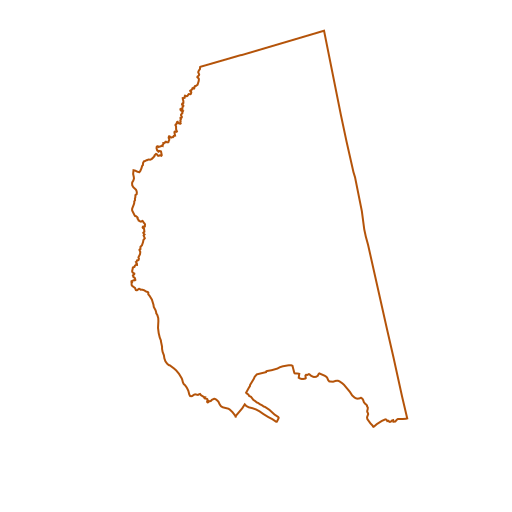 outline of Phalombe, Phalombe, Malawi, rotated 344°
{"feature_id": "42251766B10434937590290", "entity_name": "Phalombe", "entity_type": "district", "adm_level": 2, "iso_a3": "MWI", "parent_name": "Malawi", "parent_adm1": "Phalombe", "projection": "robinson", "projection_center": [35.613, -15.69], "detail": "fine", "context": "isolated", "style": "outline", "palette": "amber", "viewbox_px": 512, "rotation_deg": 344, "n_neighbors": 0, "source": "geoboundaries", "source_scale": "gbopen_adm2", "svg_char_len": 6097}
<svg xmlns="http://www.w3.org/2000/svg" viewBox="0 0 512 512"><g transform="rotate(344 256 256)"><path d="M356.6,453.8L357.7,431.0L360.2,391.5L361.8,361.7L366.8,276.2L366.9,267.6L367.4,260.2L370.1,242.1L372.9,207.7L372.8,202.2L374.6,170.6L376.5,143.5L383.5,58.2L297.7,58.9L296.4,58.7L254.9,58.8L254.4,58.9L253.6,60.9L252.4,61.8L251.4,62.9L251.1,63.5L251.4,65.8L251.1,66.4L250.5,66.9L249.2,67.4L248.9,68.1L249.7,69.2L249.9,70.0L249.7,70.7L249.1,72.1L247.0,75.3L244.9,76.0L244.3,75.8L243.7,76.2L243.1,77.5L242.6,78.0L242.0,77.8L241.7,77.1L241.0,77.3L240.7,78.0L240.2,78.4L238.3,79.0L238.3,79.8L238.9,80.2L238.9,80.9L238.1,82.2L237.4,82.4L236.1,81.8L235.5,82.1L234.4,83.1L233.8,83.3L233.1,83.2L232.0,82.3L231.5,82.8L231.1,84.2L230.4,84.3L229.1,84.0L228.9,84.8L228.9,87.0L228.5,88.5L228.2,89.1L227.5,89.0L226.9,89.4L226.6,90.1L227.2,90.4L227.6,91.7L226.4,92.5L226.3,93.2L225.8,93.8L225.7,94.5L224.5,93.8L223.8,94.0L223.7,94.8L224.0,95.5L224.5,96.0L225.7,96.6L224.8,97.7L224.6,98.4L223.9,98.6L223.5,99.2L222.9,99.5L222.7,100.2L223.1,101.7L222.8,102.4L222.2,102.6L221.5,102.4L221.3,103.1L221.5,103.8L220.6,104.9L220.7,105.7L220.2,106.2L220.0,106.9L220.2,107.7L219.8,108.0L219.2,107.8L218.0,106.9L217.7,105.4L217.0,105.5L215.8,107.3L215.1,107.4L214.6,107.9L214.9,109.3L214.1,112.3L214.3,114.5L213.6,114.7L212.4,114.0L211.8,114.3L211.6,115.0L211.4,118.0L210.0,117.9L209.6,118.5L209.0,118.9L208.4,118.7L207.0,118.8L206.7,118.2L206.1,117.9L205.9,117.1L205.3,117.0L204.6,118.3L204.8,119.8L204.6,120.5L203.6,121.6L203.4,122.2L202.7,122.5L201.5,122.0L201.1,121.4L200.5,121.2L199.4,122.1L198.0,121.9L197.9,122.7L196.9,123.7L196.6,124.4L196.1,123.9L195.5,124.3L194.8,124.2L193.5,124.4L192.9,124.1L192.3,124.3L192.0,123.6L191.4,123.3L190.7,123.6L190.1,124.9L190.1,127.2L190.4,127.8L191.1,128.0L191.1,128.8L192.4,128.5L193.5,129.3L193.2,133.1L192.6,133.6L191.5,132.7L190.1,132.9L189.5,132.7L188.6,130.7L188.0,130.3L186.1,131.4L185.9,132.1L185.3,132.5L184.7,132.7L184.2,133.2L183.5,133.3L182.9,133.9L181.0,134.3L179.1,133.6L177.8,133.9L177.3,133.7L175.8,134.1L174.4,134.1L173.1,135.4L172.3,137.5L171.6,137.8L171.2,138.3L170.0,140.2L168.1,142.5L166.9,143.3L165.1,142.2L163.5,140.7L161.9,139.8L160.5,143.3L160.3,146.5L160.0,148.0L158.7,149.9L157.6,150.8L157.0,151.7L156.5,153.9L157.0,156.0L158.9,159.2L159.1,160.8L158.9,162.3L158.3,163.7L156.9,164.2L156.2,166.3L155.4,167.5L155.1,169.0L154.0,170.0L153.6,171.4L152.8,172.7L150.2,176.1L149.8,176.8L149.5,178.2L150.5,183.4L150.8,184.3L151.5,184.5L152.6,186.0L152.8,186.8L152.4,187.4L153.0,188.8L152.9,189.5L154.5,191.1L155.1,191.3L156.4,190.9L156.9,191.5L157.2,192.9L157.9,194.2L158.0,194.9L157.9,195.6L157.4,196.2L157.3,197.0L156.6,197.2L156.0,196.7L155.4,196.6L154.9,197.2L155.0,197.9L155.9,199.0L155.4,201.9L154.1,202.5L154.1,203.3L154.8,204.6L153.6,205.4L154.0,208.3L152.2,209.6L151.2,211.6L149.3,214.3L147.5,215.3L146.8,217.5L146.1,217.6L145.6,218.0L145.9,220.2L145.0,222.3L142.6,224.9L142.7,226.4L141.8,227.6L141.2,227.6L140.5,227.4L139.6,228.5L139.0,228.7L139.3,229.4L138.9,230.3L139.4,230.8L139.2,231.6L138.9,231.4L136.9,231.9L136.1,233.0L134.7,233.0L134.2,233.5L134.0,234.2L132.9,236.1L132.7,236.9L132.8,237.6L133.2,238.3L134.2,239.3L133.9,240.0L132.6,240.5L132.2,241.0L132.5,241.8L132.4,242.5L133.4,243.6L133.5,244.9L133.4,245.8L132.7,246.0L132.1,245.6L129.4,245.9L129.1,246.6L129.5,247.2L129.0,247.6L128.5,249.3L128.5,250.0L128.8,250.7L130.9,253.4L131.1,255.6L131.7,256.0L132.4,256.1L134.3,255.3L135.0,255.5L135.8,256.6L137.1,256.9L138.9,258.0L140.8,260.1L142.0,260.7L142.4,261.5L141.9,262.9L142.1,263.6L142.7,264.9L143.9,269.2L144.0,274.6L143.7,276.8L144.5,280.6L144.5,282.8L144.3,283.5L144.9,285.7L144.9,288.8L144.2,291.7L142.0,298.1L141.2,303.3L141.0,307.9L141.3,311.0L141.1,311.7L140.7,317.2L140.1,319.4L139.8,322.4L140.1,326.1L139.7,329.1L139.9,332.3L140.9,335.0L142.1,336.9L142.9,337.2L146.1,341.4L147.7,343.9L149.5,348.0L150.9,353.2L151.0,354.7L150.9,357.0L151.1,358.6L151.3,359.3L152.1,360.5L152.9,362.6L153.3,364.0L153.8,367.0L153.7,370.8L154.1,372.5L155.4,373.0L156.1,373.0L158.0,372.3L159.4,372.2L161.8,373.5L162.5,373.5L163.1,373.2L164.2,373.2L164.7,374.6L167.2,377.3L167.8,377.6L167.2,378.0L167.4,378.7L169.2,379.6L169.7,380.1L169.8,380.9L169.6,381.6L169.0,382.1L168.8,382.8L169.1,383.4L169.8,383.4L170.8,382.5L171.4,382.9L172.7,382.9L173.9,382.1L175.9,381.8L176.5,381.7L177.7,382.5L178.6,383.7L179.7,385.6L180.2,388.6L180.9,390.7L181.4,391.3L182.4,392.3L187.4,395.2L188.4,396.3L190.3,399.5L191.4,402.2L192.1,404.3L192.1,405.7L192.4,404.3L193.0,403.8L200.8,398.6L204.3,395.5L205.3,397.5L207.4,399.5L210.6,401.3L213.7,403.5L216.5,406.2L219.5,409.9L223.3,414.1L226.7,417.3L229.7,420.9L230.4,421.0L232.9,418.3L233.2,417.7L233.0,416.9L230.1,413.5L226.5,407.6L223.1,403.6L221.9,402.8L220.6,401.1L218.9,399.6L217.6,397.9L216.4,397.0L215.2,395.2L213.8,393.6L212.4,390.0L210.8,388.6L210.5,387.1L209.1,385.4L208.8,384.7L213.5,380.0L214.1,379.7L214.8,378.3L220.0,373.5L221.5,371.7L224.2,370.0L233.7,370.4L234.1,369.7L234.8,369.6L239.7,370.1L245.5,370.1L248.3,369.5L251.2,369.4L257.0,370.0L259.7,370.7L260.8,371.6L260.6,378.9L261.0,379.6L263.8,380.5L265.1,381.2L263.5,384.8L264.6,385.9L265.8,386.7L267.4,387.2L269.6,387.4L270.2,387.1L270.5,384.7L270.9,384.3L271.4,384.0L272.7,384.5L274.1,384.1L274.7,384.4L275.9,386.3L277.6,387.8L278.2,388.2L280.3,388.7L282.3,388.2L283.8,386.6L284.5,386.3L289.0,390.0L290.0,391.1L290.8,392.4L291.2,395.4L291.9,396.8L295.4,398.1L298.4,398.0L300.4,398.5L301.7,399.5L303.9,402.2L305.1,404.1L308.8,412.5L310.0,416.5L311.7,419.2L312.8,420.3L314.1,421.1L316.2,421.4L317.8,421.2L318.9,422.5L319.3,423.9L319.4,426.3L320.4,428.5L320.9,429.0L321.5,430.3L321.3,431.1L321.7,432.5L321.2,433.9L320.1,435.8L320.0,436.6L320.3,438.1L320.2,439.0L318.5,441.3L318.2,442.0L318.1,443.5L319.9,448.5L321.4,451.3L321.4,452.1L321.9,452.6L322.6,452.4L325.8,450.9L331.6,449.2L335.2,448.7L335.8,448.9L336.3,449.5L336.6,450.2L336.7,450.9L337.9,450.9L338.5,452.2L339.2,452.4L339.9,452.4L341.4,451.6L342.6,451.6L342.4,453.2L344.3,453.5L346.2,452.2L347.5,451.8L351.9,453.1L355.4,453.8L356.6,453.8Z" fill="none" stroke="#b45309" stroke-width="2"/></g></svg>